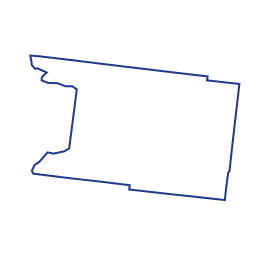 Columbia, Wisconsin, United States of America, rotated 7°
{"feature_id": "52423323B84729075264593", "entity_name": "Columbia", "entity_type": "district", "adm_level": 2, "iso_a3": "USA", "parent_name": "United States of America", "parent_adm1": "Wisconsin", "projection": "robinson", "projection_center": [-89.482, 43.462], "detail": "fine", "context": "isolated", "style": "outline", "palette": "blue", "viewbox_px": 256, "rotation_deg": 7, "n_neighbors": 0, "source": "geoboundaries", "source_scale": "gbopen_adm2", "svg_char_len": 634}
<svg xmlns="http://www.w3.org/2000/svg" viewBox="0 0 256 256"><g transform="rotate(7 128 128)"><path d="M39.6,184.9L72.1,184.9L77.4,184.9L104.5,184.6L136.7,184.6L136.7,188.9L168.7,188.6L232.9,187.7L232.7,174.7L232.8,173.5L232.8,172.4L232.8,165.8L232.9,160.0L234.0,158.5L233.6,129.3L233.2,70.7L200.6,71.1L200.7,67.1L168.5,67.3L104.0,67.5L72.5,67.5L32.0,67.6L22.2,68.0L25.1,77.6L28.7,80.6L29.4,80.4L30.7,79.8L40.5,82.8L36.3,88.2L36.5,91.3L43.3,93.0L52.5,92.1L60.9,94.2L67.6,93.4L72.5,95.9L72.1,155.5L67.6,158.9L57.2,162.5L51.2,162.0L44.1,172.4L39.8,176.0L37.8,182.2L39.6,184.9Z" fill="none" stroke="#1e3a8a" stroke-width="2"/></g></svg>